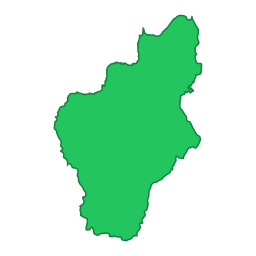 Acosta, San José, Costa Rica
{"feature_id": "36466004B86670924775866", "entity_name": "Acosta", "entity_type": "district", "adm_level": 2, "iso_a3": "CRI", "parent_name": "Costa Rica", "parent_adm1": "San José", "projection": "equal_earth", "projection_center": [-84.228, 9.742], "detail": "fine", "context": "isolated", "style": "filled", "palette": "green", "viewbox_px": 256, "rotation_deg": 0, "n_neighbors": 0, "source": "geoboundaries", "source_scale": "gbopen_adm2", "svg_char_len": 5744}
<svg xmlns="http://www.w3.org/2000/svg" viewBox="0 0 256 256"><path d="M198.4,29.4L197.3,28.3L197.0,27.2L196.0,25.9L193.2,20.6L192.9,20.2L192.3,18.5L192.1,17.1L191.9,16.9L191.5,18.6L191.1,19.2L190.4,19.8L189.6,20.2L188.7,19.6L187.5,19.5L186.7,19.0L186.3,18.0L186.2,17.1L185.9,16.7L184.2,15.9L180.8,15.4L179.5,15.5L177.3,16.4L175.0,18.6L174.1,18.7L173.1,19.7L167.1,28.0L166.4,28.7L165.7,29.0L164.2,30.5L163.9,31.1L162.7,32.0L161.7,33.8L160.5,35.1L159.3,35.9L155.3,36.3L154.4,35.3L153.2,35.0L149.9,35.1L149.1,34.7L147.1,35.0L144.4,32.6L143.7,28.7L143.2,28.3L143.1,30.3L142.5,34.5L142.0,35.5L141.7,35.7L139.6,35.4L139.6,37.6L139.3,39.2L137.7,43.6L137.7,45.3L138.0,47.1L138.0,51.6L138.8,53.5L138.8,54.9L138.3,56.5L139.0,58.1L139.0,58.8L138.6,60.1L137.9,60.7L137.5,61.5L137.1,61.7L136.8,62.9L136.4,63.1L135.8,63.8L134.4,63.3L133.4,63.7L132.7,63.7L132.7,64.2L132.8,64.7L132.3,64.5L131.4,65.2L128.2,65.2L127.7,64.6L126.8,64.5L125.5,63.2L125.1,63.2L124.7,63.2L124.2,63.5L123.7,63.3L123.5,64.4L122.1,63.8L121.5,62.8L121.3,62.8L120.4,63.8L120.0,63.0L119.1,63.1L116.7,62.2L116.4,62.2L115.9,62.8L115.0,62.7L114.7,63.2L114.6,63.7L113.3,63.3L112.1,64.1L111.2,63.9L110.4,64.8L109.1,65.4L108.4,66.4L107.8,67.1L107.2,68.1L107.0,69.3L106.7,69.8L106.7,70.6L107.0,71.4L106.7,73.7L107.0,74.4L107.0,75.9L106.8,77.0L106.1,78.6L106.1,78.9L106.7,80.0L105.4,80.6L105.1,82.0L105.1,83.7L104.7,86.2L103.7,86.1L103.1,85.0L102.5,85.0L102.1,85.4L102.0,86.0L102.0,87.7L102.2,88.9L102.0,89.2L101.8,90.3L100.3,91.2L97.2,92.1L96.3,92.8L94.9,92.9L94.1,94.3L93.0,93.8L90.4,93.5L89.4,93.1L88.8,94.1L86.6,94.1L86.2,94.2L85.7,94.8L85.2,94.9L84.9,94.4L84.5,94.2L83.8,94.1L82.9,94.4L81.5,93.6L78.5,92.9L77.5,92.2L76.5,92.2L76.0,93.3L75.6,93.6L72.7,93.5L70.3,93.7L69.2,95.3L68.4,96.0L67.6,98.1L67.5,98.8L67.8,99.7L67.8,101.2L67.0,101.6L66.1,102.7L65.0,103.6L64.9,104.2L65.2,104.8L65.1,105.6L63.9,106.1L62.0,106.5L60.4,107.2L59.7,108.1L58.5,111.0L57.6,112.7L57.6,113.1L58.2,114.6L58.4,115.4L57.4,116.1L55.8,116.8L55.6,117.1L55.6,117.3L56.8,118.3L57.0,119.9L56.9,120.3L56.4,121.0L55.3,121.3L55.1,121.6L54.8,124.8L54.4,126.5L54.4,128.7L54.9,129.4L56.1,130.1L56.4,130.8L56.7,132.5L57.4,134.6L58.8,137.7L60.5,140.2L61.3,141.8L60.7,146.1L62.1,147.4L62.5,148.1L62.5,149.6L61.4,150.2L60.8,151.0L60.7,151.3L62.8,152.4L63.6,153.5L63.8,154.9L63.5,157.1L63.9,157.6L65.3,158.4L66.3,159.3L67.5,161.1L67.6,164.7L68.2,164.0L68.8,163.7L70.9,164.1L72.4,167.5L74.2,168.0L75.4,168.0L77.0,168.8L77.6,169.3L77.9,170.3L78.0,171.3L77.6,173.3L77.4,175.9L78.3,177.3L78.7,181.7L80.3,184.4L81.8,186.1L82.7,187.4L83.2,188.5L83.5,189.7L85.5,192.2L85.9,195.1L85.8,195.9L84.6,197.0L83.5,196.9L82.8,197.2L82.7,197.4L82.9,198.5L84.0,200.9L83.9,202.7L82.9,204.2L79.9,206.3L80.5,206.9L80.7,207.4L80.3,208.6L80.1,210.4L80.7,212.4L80.7,215.4L83.9,217.3L86.3,218.2L87.1,219.2L87.3,219.8L87.4,220.3L87.4,221.9L86.9,224.8L86.1,227.4L86.1,228.9L86.4,229.8L86.9,230.0L87.2,230.0L87.7,229.7L89.3,229.8L90.6,228.6L91.0,227.6L91.3,227.2L92.1,227.2L92.6,227.6L92.8,228.0L92.8,228.9L93.6,229.8L93.7,232.2L94.0,233.3L94.5,233.9L96.2,234.8L97.7,235.2L99.2,234.7L100.0,233.9L100.9,233.5L102.9,233.5L105.7,233.0L108.1,233.3L109.4,233.9L109.5,236.2L110.0,236.6L110.3,236.6L110.6,236.2L111.3,236.2L112.0,236.8L112.5,236.8L113.2,236.1L114.0,236.1L118.8,237.0L120.6,237.0L121.2,237.6L121.6,238.9L122.2,239.8L123.1,240.2L124.6,240.2L125.9,240.6L126.9,240.6L127.1,240.1L128.0,239.9L128.8,239.3L130.8,239.0L133.2,236.4L133.8,236.1L134.2,235.6L136.9,235.8L136.9,233.8L137.0,232.9L137.6,231.5L138.4,230.5L139.3,229.8L139.7,229.2L140.2,227.7L140.2,227.1L139.6,223.8L140.8,223.2L141.8,223.2L142.7,222.9L142.5,221.9L141.8,221.1L141.8,220.1L142.0,219.2L143.5,217.7L144.1,216.7L144.9,215.9L145.1,215.5L145.2,214.6L145.0,213.8L144.9,213.2L144.5,211.9L144.4,211.1L146.3,210.2L147.0,209.0L147.8,205.5L148.0,205.3L148.0,203.7L147.9,202.4L147.5,201.4L147.5,200.8L147.8,199.0L148.8,195.7L148.9,191.5L150.1,188.7L150.3,188.5L151.4,184.7L152.5,183.5L154.5,182.2L156.4,182.2L159.4,180.1L160.6,179.8L161.4,179.4L162.3,178.6L163.5,177.0L165.6,175.5L166.8,174.4L169.1,173.3L170.0,172.4L171.2,169.9L171.5,169.7L172.3,169.7L172.6,169.4L172.5,167.5L172.7,166.5L173.2,165.7L174.0,165.0L174.3,164.3L174.7,162.8L175.9,161.0L175.8,158.4L176.1,156.8L176.3,156.4L177.3,156.3L179.0,157.9L183.4,158.4L183.5,157.2L184.0,155.9L185.1,153.8L186.5,151.9L187.3,150.0L188.4,148.2L188.9,147.8L190.0,147.9L190.6,147.4L192.3,146.8L192.9,146.8L194.5,147.8L196.0,147.9L196.4,147.2L197.6,146.0L198.1,145.2L199.7,141.6L200.3,139.8L200.4,138.9L200.1,137.7L199.6,136.6L196.6,134.5L196.3,134.0L192.3,127.0L191.1,124.0L190.1,122.1L187.5,121.1L187.0,120.7L186.6,119.9L186.5,117.7L186.1,116.4L185.5,115.5L184.3,114.1L183.6,112.5L183.0,112.0L182.3,110.3L181.1,109.4L179.9,107.2L179.8,104.5L180.0,103.5L180.1,100.7L180.4,99.7L180.7,98.0L180.5,96.1L180.7,95.7L181.6,95.5L182.7,94.6L183.8,94.5L184.2,94.3L185.0,93.2L185.1,91.8L186.7,92.0L187.0,92.5L187.3,92.5L187.8,92.0L188.2,91.0L188.6,91.0L189.5,91.3L190.0,92.5L190.2,92.8L190.5,92.9L191.4,91.8L191.8,91.7L192.4,91.2L193.3,91.1L193.2,90.3L192.5,89.9L192.4,89.4L191.6,88.9L191.0,87.9L190.7,87.9L190.4,89.1L190.2,89.2L189.8,88.9L189.2,87.9L188.6,88.1L188.2,88.1L188.0,87.8L188.1,87.3L188.4,86.9L189.9,86.3L189.6,85.5L191.1,85.6L192.2,83.2L193.1,82.6L193.2,81.9L193.4,81.9L193.7,82.3L194.2,81.2L194.2,80.0L195.4,77.7L195.9,75.4L196.2,75.6L197.1,75.0L200.3,74.0L201.3,71.9L201.4,69.6L201.1,67.7L201.6,66.5L201.6,65.6L201.4,64.3L201.1,63.8L200.9,63.5L198.0,63.5L197.2,63.2L196.7,62.7L196.1,61.5L195.1,58.3L195.0,56.7L195.3,55.6L195.5,55.2L196.5,54.5L195.4,52.1L195.3,50.5L195.0,48.5L195.5,47.8L195.5,46.8L196.0,45.9L197.9,44.7L198.8,43.3L198.6,41.4L197.9,40.3L197.4,37.2L198.3,33.1L198.4,29.4Z" fill="#22c55e" stroke="#15803d" stroke-width="1.5"/></svg>